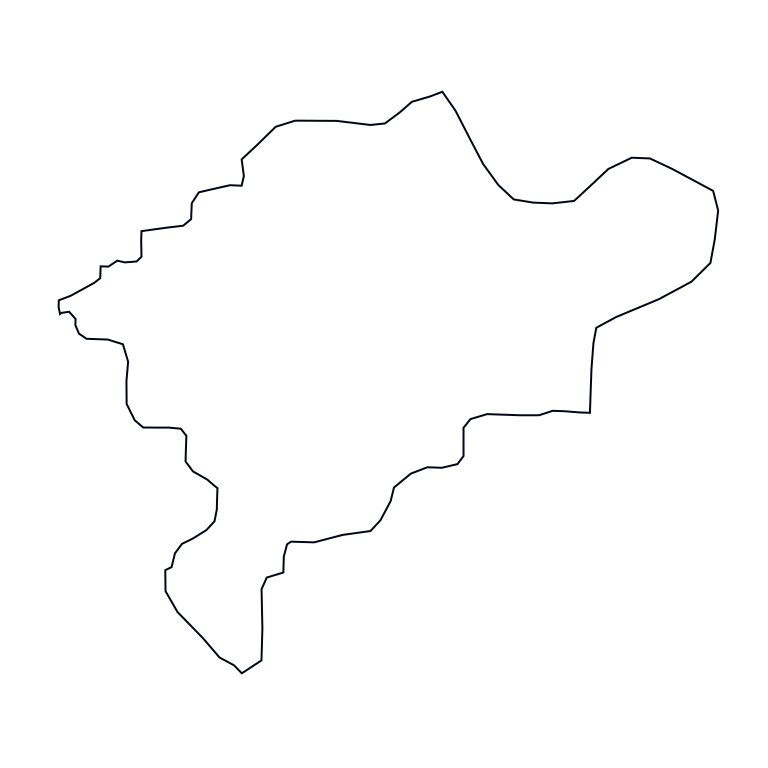 the border of Zenica-Doboj, rotated 92°
{"feature_id": "BIH-2889", "entity_name": "Zenica-Doboj", "entity_type": "Canton", "adm_level": 1, "iso_a3": "BIH", "parent_name": "Bosnia and Herzegovina", "parent_adm1": "", "projection": "albers", "projection_center": [18.196, 44.316], "detail": "fine", "context": "isolated", "style": "outline", "palette": "ink", "viewbox_px": 768, "rotation_deg": 92, "n_neighbors": 0, "source": "natural_earth", "source_scale": "10m", "svg_char_len": 1669}
<svg xmlns="http://www.w3.org/2000/svg" viewBox="0 0 768 768"><g transform="rotate(92 384 384)"><path d="M89.9,335.9L108.5,322.0L137.0,306.1L160.7,292.6L181.1,276.7L195.0,260.8L197.5,241.4L197.6,222.0L194.4,200.4L180.7,186.6L161.2,167.2L149.2,144.3L149.3,126.1L159.1,103.3L179.5,61.8L199.0,56.1L228.1,58.5L251.6,62.0L271.0,80.3L289.6,112.2L309.0,154.4L320.4,173.8L335.8,176.1L361.8,177.2L405.6,177.2L405.6,187.4L404.9,202.8L404.9,214.4L409.8,227.9L410.5,247.2L410.5,263.5L410.5,279.9L416.0,296.3L425.0,303.0L453.2,302.0L461.5,307.8L465.7,323.2L465.7,337.7L472.6,354.0L487.1,370.4L500.9,373.3L520.3,382.8L531.4,392.4L536.3,420.3L544.7,448.3L544.8,471.4L547.6,475.3L560.0,478.1L575.9,478.0L581.5,494.4L593.3,499.2L632.7,497.0L664.5,496.8L678.1,516.0L670.4,524.0L663.1,538.8L644.4,556.0L619.1,582.4L598.7,595.1L577.7,596.1L574.4,589.9L560.5,587.0L550.8,580.3L545.2,569.8L536.1,556.3L527.1,548.6L515.3,546.7L505.6,546.8L493.9,546.8L491.8,549.7L485.6,557.4L478.0,571.9L468.4,579.6L457.3,579.7L442.7,579.7L435.8,585.5L435.1,597.1L435.9,623.1L429.0,631.8L413.0,640.5L390.1,641.5L370.7,640.5L353.4,646.3L349.2,661.7L349.2,682.9L344.3,690.6L336.0,694.5L329.8,694.5L322.8,701.2L324.2,708.9L325.4,710.2L318.6,711.9L311.7,711.9L306.8,700.3L293.0,677.1L288.1,671.3L283.3,671.3L276.3,671.3L276.3,663.6L270.1,654.9L271.5,647.2L270.2,635.6L265.3,630.8L248.7,631.7L239.7,631.7L235.5,607.6L232.8,590.2L225.9,582.5L219.7,582.5L210.0,582.4L198.9,575.7L195.5,563.1L190.7,544.8L190.8,533.2L181.1,531.3L164.5,534.1L150.0,519.6L130.7,501.2L123.9,481.9L122.7,440.4L125.6,406.7L123.6,392.2L112.0,377.7L101.0,366.0L94.9,347.7L89.9,335.9Z" fill="none" stroke="#020617" stroke-width="2"/></g></svg>